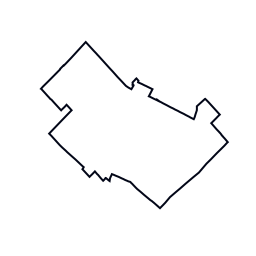 outline of Calarasi, Dolj, Romania, rotated 297°
{"feature_id": "2599482B69375294543440", "entity_name": "Calarasi", "entity_type": "district", "adm_level": 2, "iso_a3": "ROU", "parent_name": "Romania", "parent_adm1": "Dolj", "projection": "robinson", "projection_center": [24.031, 43.789], "detail": "fine", "context": "isolated", "style": "outline", "palette": "ink", "viewbox_px": 256, "rotation_deg": 297, "n_neighbors": 0, "source": "geoboundaries", "source_scale": "gbopen_adm2", "svg_char_len": 3240}
<svg xmlns="http://www.w3.org/2000/svg" viewBox="0 0 256 256"><g transform="rotate(297 128 128)"><path d="M71.1,192.9L78.2,195.1L85.5,196.8L92.8,199.8L96.6,201.4L96.8,201.5L97.5,201.8L104.3,204.5L113.6,208.4L120.0,211.2L120.4,211.4L131.8,214.1L133.0,214.5L138.1,216.2L145.7,218.5L155.9,221.9L159.9,223.0L160.7,223.3L162.9,218.0L163.0,217.5L163.2,217.1L163.3,216.8L163.5,216.6L163.6,216.3L163.7,215.9L163.8,215.5L164.0,215.1L164.0,214.9L164.1,214.7L164.4,214.4L164.5,214.3L164.6,213.9L164.8,213.6L165.0,213.2L165.3,212.4L165.5,212.0L165.5,211.8L165.6,211.7L165.7,211.3L165.9,210.9L166.0,210.5L166.2,210.1L166.3,209.7L166.4,209.3L166.6,208.9L166.7,208.6L166.9,207.9L169.5,201.5L170.1,200.0L170.9,200.3L171.7,200.5L172.6,200.8L173.4,201.1L174.2,201.3L175.1,201.6L176.0,201.9L176.9,202.2L178.7,202.7L179.6,203.0L180.5,203.3L181.6,203.7L184.8,195.3L186.9,189.7L187.6,187.9L188.4,185.5L189.0,183.5L188.9,183.4L178.6,179.5L176.5,180.6L175.0,181.3L173.0,181.6L170.4,182.0L168.5,182.4L166.4,182.6L165.7,182.6L165.7,178.4L165.8,177.7L165.8,175.7L165.8,173.5L165.9,171.4L165.8,166.9L165.9,164.7L165.8,161.2L165.9,159.6L165.8,156.5L165.9,152.1L165.9,150.5L165.9,148.0L166.0,145.8L166.0,145.4L166.0,145.0L165.9,144.6L166.0,144.2L165.9,143.5L165.9,142.8L166.2,142.8L166.5,140.8L165.9,140.8L165.8,137.5L165.8,134.7L165.8,132.8L165.7,132.2L170.4,132.2L171.4,132.2L173.7,132.2L173.6,126.4L173.6,125.6L173.6,124.5L173.5,123.8L173.5,123.1L173.5,122.3L173.5,120.3L173.3,117.1L173.3,116.2L174.3,116.0L174.9,115.8L174.9,115.7L175.5,114.3L176.0,113.0L175.0,112.6L173.6,112.3L172.1,111.8L170.6,111.4L170.3,111.6L170.2,111.7L170.0,111.8L169.7,112.0L169.4,112.3L169.1,112.3L168.8,112.4L168.5,112.4L168.5,112.5L168.6,112.8L168.7,113.3L168.7,113.5L168.4,113.7L168.2,113.7L167.9,113.6L167.5,113.6L164.1,113.4L164.2,110.3L164.3,109.2L164.6,107.0L167.0,100.4L168.8,95.3L171.4,88.7L173.0,84.3L175.6,77.5L179.0,68.6L179.2,67.9L179.9,66.2L180.4,64.8L181.2,62.5L185.4,51.3L178.6,49.4L169.5,46.9L164.5,45.5L161.8,44.7L157.4,43.4L154.6,42.5L154.7,42.3L154.7,42.2L151.4,41.2L150.0,40.7L149.8,40.7L149.4,40.9L133.1,35.7L126.2,33.4L123.5,32.7L123.5,32.8L121.7,37.6L120.1,41.7L119.4,43.7L118.6,45.6L118.5,46.9L117.2,50.2L116.0,53.4L113.9,59.0L113.4,60.4L113.8,60.5L118.2,62.0L120.8,62.7L120.2,64.4L119.2,67.1L118.2,69.7L105.2,65.7L94.9,62.6L90.3,61.2L87.2,60.3L86.2,63.4L85.6,64.9L81.8,74.9L80.8,78.1L79.4,83.2L78.9,84.7L77.3,90.8L76.1,95.5L74.0,102.6L73.2,105.4L73.0,106.3L72.9,106.3L72.6,106.3L71.8,106.3L70.6,106.1L68.4,112.1L67.0,115.9L68.6,116.4L70.3,117.0L72.9,117.8L74.3,118.2L74.0,118.9L73.3,120.6L73.1,121.0L72.8,121.9L72.7,122.5L71.9,124.3L71.0,126.4L70.5,127.7L69.7,129.8L70.5,130.1L71.3,130.3L72.4,130.6L73.3,130.7L73.4,131.0L73.2,131.7L72.8,133.8L72.6,134.4L72.6,134.6L72.5,135.0L72.4,135.7L73.0,135.5L73.5,135.3L74.2,135.1L74.5,134.9L75.2,134.8L76.7,134.7L78.0,134.7L79.6,134.6L79.8,136.4L79.9,138.4L80.0,139.7L80.2,141.7L80.3,145.6L80.4,146.8L80.4,149.3L80.5,150.2L80.6,151.6L80.6,152.5L81.0,154.4L80.9,154.9L80.6,155.5L80.2,157.0L79.5,158.9L78.9,160.6L78.4,162.0L78.1,163.0L77.8,163.9L76.9,168.0L76.4,170.0L75.8,172.3L74.5,178.1L73.9,180.6L73.7,182.6L73.6,183.0L73.5,183.3L73.4,183.7L73.3,184.4L71.1,192.9Z" fill="none" stroke="#020617" stroke-width="2"/></g></svg>